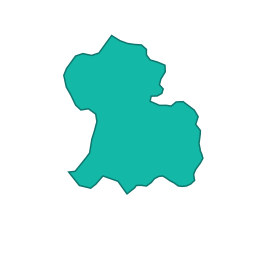 Cheongyang-gun, South Chungcheong, South Korea (Mercator projection), rotated 216°
{"feature_id": "91817680B7861346133014", "entity_name": "Cheongyang-gun", "entity_type": "district", "adm_level": 2, "iso_a3": "KOR", "parent_name": "South Korea", "parent_adm1": "South Chungcheong", "projection": "mercator", "projection_center": [126.839, 36.437], "detail": "fine", "context": "isolated", "style": "filled", "palette": "teal", "viewbox_px": 256, "rotation_deg": 216, "n_neighbors": 0, "source": "geoboundaries", "source_scale": "gbopen_adm2", "svg_char_len": 1117}
<svg xmlns="http://www.w3.org/2000/svg" viewBox="0 0 256 256"><g transform="rotate(216 128 128)"><path d="M150.1,57.5L133.6,52.9L122.8,57.4L121.0,63.7L120.1,74.5L104.8,79.0L90.1,74.1L87.5,83.4L87.5,86.4L83.8,89.3L79.0,91.9L77.2,97.4L76.8,102.6L74.6,107.0L71.7,109.6L67.6,110.0L63.2,110.0L58.4,110.7L53.3,110.7L50.0,112.5L46.6,115.5L44.4,119.5L44.2,120.4L43.3,124.7L47.7,129.1L48.9,134.2L48.9,142.0L49.6,147.5L53.3,150.4L56.6,152.3L56.9,153.0L61.4,157.1L66.2,165.9L67.3,167.5L68.0,168.5L75.4,170.7L77.9,178.4L84.9,181.4L98.9,181.7L104.4,177.3L105.9,171.1L110.3,168.9L115.9,164.8L125.8,162.6L128.0,167.4L123.2,171.1L121.0,175.9L122.5,180.3L128.0,181.4L130.2,186.9L130.9,195.4L135.0,200.5L142.7,198.7L150.1,196.1L156.0,197.9L159.3,202.4L165.9,203.1L172.5,199.0L178.1,196.1L185.8,193.9L195.6,193.2L195.6,190.4L195.6,182.3L195.6,171.5L200.1,165.3L208.2,161.7L212.7,155.4L212.7,147.3L212.7,140.1L210.9,132.9L201.9,124.8L193.8,121.2L183.9,115.8L176.7,114.9L171.3,120.3L162.3,120.3L156.9,114.9L153.4,105.9L150.7,97.8L144.4,85.3L144.4,79.9L145.3,61.9L150.1,57.5Z" fill="#14b8a6" stroke="#0f766e" stroke-width="1.5"/></g></svg>